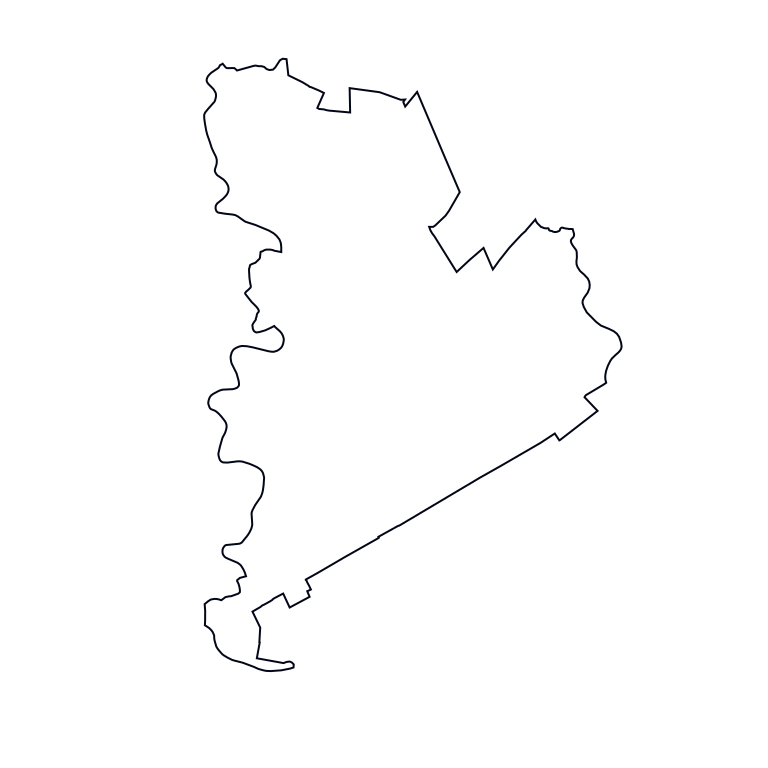 Fantanele, Suceava, Romania (Albers equal-area conic projection), rotated 190°
{"feature_id": "2599482B49541519144713", "entity_name": "Fantanele", "entity_type": "district", "adm_level": 2, "iso_a3": "ROU", "parent_name": "Romania", "parent_adm1": "Suceava", "projection": "albers", "projection_center": [26.534, 47.602], "detail": "fine", "context": "isolated", "style": "outline", "palette": "ink", "viewbox_px": 768, "rotation_deg": 190, "n_neighbors": 0, "source": "geoboundaries", "source_scale": "gbopen_adm2", "svg_char_len": 6143}
<svg xmlns="http://www.w3.org/2000/svg" viewBox="0 0 768 768"><g transform="rotate(190 384 384)"><path d="M600.9,669.5L601.3,668.0L602.1,666.4L608.2,660.5L609.9,658.1L610.8,656.5L611.3,654.8L611.5,653.4L611.4,652.2L611.2,651.6L610.5,650.4L609.1,649.0L603.4,645.0L602.5,644.1L600.7,641.9L600.1,641.0L599.5,638.9L599.4,638.0L599.4,636.5L599.6,634.1L600.0,632.5L605.0,624.4L607.2,620.4L607.6,619.1L607.8,617.9L607.7,616.9L607.1,614.2L605.5,609.2L603.1,602.7L601.4,598.9L597.4,591.8L594.7,586.6L592.3,583.1L589.2,578.9L588.4,577.5L587.6,575.6L587.2,573.5L587.1,571.4L587.2,570.1L587.7,566.5L587.7,565.1L587.6,564.5L586.9,563.2L585.8,561.8L584.4,560.6L577.6,557.5L575.4,555.9L574.1,554.7L572.7,553.0L571.8,551.7L571.0,549.5L570.8,548.2L570.8,546.4L571.1,545.0L571.6,543.5L572.6,541.6L574.7,538.5L579.5,533.0L579.9,532.3L580.6,530.4L580.6,529.7L580.4,527.9L580.2,527.2L579.4,525.6L578.6,524.8L577.5,524.2L576.7,524.0L570.0,524.1L562.6,524.6L559.7,524.5L557.2,523.7L549.6,520.1L548.4,519.7L538.2,518.3L523.9,515.1L519.0,513.3L517.1,512.2L515.6,511.3L512.1,508.2L510.4,505.5L509.8,504.0L508.9,500.7L508.1,496.1L515.3,496.2L516.8,496.6L519.6,496.6L523.3,495.9L524.9,495.1L527.0,493.4L528.1,493.0L528.5,492.6L528.1,487.0L528.2,486.4L528.5,485.5L531.7,481.1L534.9,479.2L536.2,478.2L536.6,477.5L536.6,475.6L536.9,474.2L536.6,472.2L535.0,465.4L533.5,460.6L532.3,457.7L532.1,456.8L532.1,455.9L532.3,455.6L533.7,453.6L535.7,451.1L536.4,450.0L536.5,449.7L536.5,449.1L535.9,448.3L528.5,441.7L526.0,440.0L522.7,437.6L520.9,435.9L519.9,434.2L520.0,433.3L521.0,431.5L521.2,430.5L521.3,429.5L521.2,428.2L521.6,426.3L521.4,425.4L521.5,424.9L522.0,423.9L523.4,420.8L523.8,419.4L523.8,419.0L522.7,415.5L522.1,414.6L521.3,413.6L520.0,412.9L518.7,412.6L515.8,413.5L510.5,416.1L505.5,419.5L502.1,422.1L501.1,421.2L495.6,417.8L493.5,416.0L491.9,413.9L491.0,412.1L490.6,411.2L490.3,409.8L490.3,407.1L490.4,405.6L490.9,403.3L491.6,401.9L493.0,400.0L494.2,398.9L495.3,398.0L498.1,396.6L500.1,396.3L503.2,396.2L519.4,397.3L525.5,397.4L527.3,397.2L530.5,396.8L532.8,395.9L535.7,394.1L537.4,392.6L538.1,391.8L538.8,390.4L539.5,388.4L539.8,384.5L539.6,383.2L539.2,381.8L538.2,378.9L537.5,377.6L531.0,368.8L527.8,362.1L527.1,360.1L526.8,358.8L526.6,357.9L526.7,357.2L527.1,356.2L527.8,355.1L528.5,354.5L530.3,353.4L532.3,352.6L542.0,350.4L544.6,349.1L546.7,347.6L550.6,344.5L552.2,342.8L552.8,341.7L553.2,340.8L553.6,339.3L553.8,337.9L553.9,335.7L553.6,334.0L551.9,330.9L551.0,329.8L550.0,329.2L546.1,328.4L544.8,327.9L543.4,327.2L541.1,325.7L538.4,323.6L534.2,319.8L533.2,318.6L532.1,316.6L531.8,315.6L531.5,314.1L531.6,311.1L532.0,308.5L532.7,306.1L533.5,303.8L533.8,302.5L534.7,293.8L535.0,287.2L534.9,285.9L534.1,283.8L532.9,281.4L531.9,280.2L530.5,279.3L529.2,278.9L528.3,278.9L524.6,279.4L514.8,282.4L512.8,282.8L510.1,283.0L502.9,282.1L498.8,281.2L494.7,280.1L491.9,278.9L490.6,278.2L489.0,276.9L487.6,275.1L486.2,272.0L485.8,270.9L485.0,263.5L484.8,258.6L484.9,256.0L485.4,252.8L485.8,251.3L489.8,242.5L491.6,236.9L492.0,234.5L491.8,232.8L489.7,224.3L489.3,222.3L489.3,220.9L489.6,218.3L490.6,214.8L491.6,212.2L492.5,210.4L496.4,203.4L497.4,202.4L498.1,201.9L499.3,201.4L511.5,198.0L512.4,197.4L513.4,195.8L514.0,194.3L514.2,192.8L514.0,191.0L513.6,189.4L512.8,188.0L512.1,187.2L510.8,186.1L509.6,185.5L506.7,184.7L497.1,182.5L494.7,181.3L493.6,180.6L492.0,179.0L489.9,176.5L488.3,174.1L486.5,170.7L492.3,168.0L494.6,165.2L494.4,164.4L492.4,161.7L490.8,158.2L490.0,155.5L489.8,153.9L491.0,152.3L495.0,150.0L497.7,148.5L499.9,147.9L503.1,146.6L506.7,142.8L509.3,143.2L512.0,143.2L514.1,142.8L517.2,141.6L519.3,139.7L522.4,136.1L520.7,129.5L519.0,119.4L518.5,115.3L515.1,113.9L513.3,113.0L511.0,111.3L509.6,109.9L508.0,107.5L507.5,106.6L507.3,105.1L506.5,102.4L505.8,100.9L503.6,96.4L502.6,95.2L500.6,93.2L496.5,89.9L494.8,89.0L491.2,87.6L486.0,86.0L484.0,85.7L474.8,85.0L462.9,82.8L458.3,81.6L453.3,81.1L450.3,81.0L445.7,81.6L435.4,84.2L426.9,87.5L423.9,89.1L424.2,92.2L426.3,93.7L428.7,94.3L431.6,93.4L434.5,91.7L461.6,91.8L461.5,107.9L461.9,108.0L463.6,122.6L474.0,137.0L466.9,143.0L465.6,144.6L463.5,146.1L458.4,150.2L456.5,152.0L456.1,152.8L454.6,154.2L446.9,160.1L438.1,147.5L420.3,161.5L423.6,166.6L420.3,168.9L422.5,172.0L425.3,175.5L426.0,176.7L427.1,177.6L427.0,177.9L416.3,186.6L392.1,207.1L363.2,230.9L362.4,231.7L363.0,232.5L345.4,246.8L344.5,247.1L272.9,308.7L255.0,323.4L219.5,353.3L207.2,364.9L201.5,358.9L201.3,359.0L169.0,394.6L184.2,405.8L183.6,407.5L183.2,408.1L167.6,421.6L165.4,423.8L166.8,427.0L167.5,430.2L167.6,433.4L167.5,435.9L166.7,440.8L165.2,445.9L163.9,448.8L161.0,452.8L158.8,455.5L157.4,457.7L156.6,459.8L156.5,462.2L157.8,466.1L160.6,471.2L163.4,474.0L167.0,475.9L172.3,477.4L180.5,479.2L185.9,482.0L196.7,489.7L200.5,494.4L202.5,498.1L202.8,500.6L201.9,503.8L199.3,509.2L198.3,513.9L198.6,517.3L199.7,520.5L201.6,523.2L205.9,526.5L210.4,529.2L213.6,532.6L215.1,535.2L215.8,538.2L216.0,542.0L217.0,546.9L217.8,549.0L222.1,553.1L224.0,555.4L224.8,557.1L224.8,558.4L224.2,559.8L223.4,560.8L222.8,562.2L222.7,563.1L222.8,564.6L225.1,569.3L227.1,569.1L228.5,568.8L233.4,568.7L235.6,569.0L236.4,568.7L237.1,568.0L237.5,566.9L237.6,565.9L237.8,565.4L238.4,564.9L239.9,564.0L241.2,563.5L242.4,563.3L243.5,563.3L245.4,563.8L247.2,563.8L248.1,564.2L248.9,565.6L249.1,565.8L249.6,565.9L250.7,565.5L253.0,565.3L254.4,565.5L255.5,565.9L256.4,565.8L261.0,569.0L262.5,570.6L263.5,572.3L270.8,560.1L271.1,559.3L274.5,555.0L284.2,540.0L291.9,525.7L296.7,515.7L309.6,535.3L321.2,521.1L331.9,506.9L360.0,538.2L362.9,540.9L364.9,543.3L366.8,546.6L362.9,547.3L361.1,549.0L352.6,560.5L350.0,566.0L342.7,586.1L364.3,619.1L402.1,677.4L411.3,660.9L414.0,665.1L412.7,667.8L416.8,666.8L439.0,670.6L469.2,669.4L464.5,645.5L485.6,643.7L488.6,643.7L490.5,644.0L495.7,643.6L497.6,644.3L493.7,660.2L499.3,661.8L508.0,663.8L508.9,663.7L509.9,664.4L516.6,667.0L531.8,671.4L536.4,687.0L540.3,686.7L542.7,684.7L546.0,677.0L547.9,674.3L551.4,673.3L554.4,673.8L556.9,675.4L559.6,675.7L563.0,675.2L565.6,675.3L567.5,674.7L583.2,667.2L585.4,668.7L586.4,669.1L593.6,667.8L594.9,668.3L598.5,671.4L599.2,670.7L600.9,669.5Z" fill="none" stroke="#020617" stroke-width="2"/></g></svg>